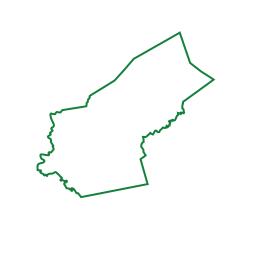 the district of Trinidad de Copan, Copán, Honduras, rotated 324°
{"feature_id": "27666195B52553444667575", "entity_name": "Trinidad de Copan", "entity_type": "district", "adm_level": 2, "iso_a3": "HND", "parent_name": "Honduras", "parent_adm1": "Copán", "projection": "equal_earth", "projection_center": [-88.827, 14.944], "detail": "fine", "context": "isolated", "style": "outline", "palette": "green", "viewbox_px": 256, "rotation_deg": 324, "n_neighbors": 0, "source": "geoboundaries", "source_scale": "gbopen_adm2", "svg_char_len": 5262}
<svg xmlns="http://www.w3.org/2000/svg" viewBox="0 0 256 256"><g transform="rotate(324 128 128)"><path d="M49.5,156.4L110.9,184.9L119.8,160.6L126.1,160.6L126.4,157.8L126.4,156.5L127.6,154.9L127.7,152.8L127.7,150.8L129.4,149.0L131.2,148.3L132.4,148.5L133.9,146.4L134.9,144.0L136.8,145.6L138.1,145.8L140.6,145.4L141.5,145.6L143.1,145.0L143.7,146.7L144.4,147.9L148.2,146.2L149.1,146.5L149.8,149.0L150.8,149.6L153.0,148.6L154.6,148.6L156.5,148.1L157.7,149.6L158.6,149.9L159.1,150.2L159.3,149.6L160.0,149.3L160.1,149.2L160.5,149.0L160.6,149.6L160.6,150.1L160.7,150.5L160.8,150.6L161.1,150.6L161.3,150.3L161.6,150.0L161.9,149.9L162.6,150.2L163.0,150.5L163.1,150.4L163.1,149.8L163.4,149.7L163.8,149.7L164.1,149.6L164.1,149.3L164.2,149.1L164.4,148.8L165.3,148.6L165.5,148.4L165.2,147.8L165.0,147.3L165.1,146.7L165.7,146.7L166.6,146.9L167.0,147.1L167.4,147.7L167.8,148.1L168.2,148.3L168.4,148.1L168.4,147.7L168.7,147.5L169.2,148.0L169.6,148.7L169.7,149.0L170.3,149.2L171.0,149.1L171.9,148.6L173.3,147.8L174.0,147.3L174.6,147.0L175.2,146.8L176.5,146.8L177.0,145.8L177.3,145.2L178.2,146.2L178.5,146.9L178.7,147.4L178.8,147.3L179.0,147.6L179.3,147.6L179.9,146.7L180.2,146.9L180.3,147.4L180.4,147.7L181.0,147.6L181.6,148.0L181.7,148.3L181.8,148.8L182.0,148.8L182.5,148.4L182.7,147.6L183.6,146.2L183.8,145.4L183.7,145.0L183.5,144.1L183.7,143.7L184.2,143.3L184.5,142.6L184.9,142.0L185.9,141.3L186.3,140.6L186.8,140.5L188.0,139.2L225.7,139.2L223.7,133.7L222.8,131.5L220.4,125.4L216.5,111.9L225.9,81.3L173.3,75.4L158.6,78.9L145.0,81.7L117.0,79.6L116.5,79.6L116.0,79.6L115.7,79.7L115.5,79.8L115.3,80.0L115.2,80.4L115.0,80.7L114.8,80.9L114.5,81.1L114.1,81.3L113.8,81.4L113.5,81.4L113.1,81.3L112.8,81.4L112.5,81.5L112.0,82.0L111.3,82.6L110.8,83.1L110.6,83.3L110.3,83.4L110.0,83.3L109.8,83.3L109.5,83.4L109.2,83.5L108.6,84.3L108.1,84.9L107.6,85.4L107.0,85.9L85.3,74.9L83.0,75.6L82.6,75.7L82.4,75.6L81.9,75.3L81.1,74.6L80.7,74.2L80.2,73.5L80.1,73.4L79.9,73.3L79.7,73.2L79.2,73.2L78.6,73.3L78.4,73.3L78.1,73.5L77.5,73.9L77.3,73.9L77.1,73.9L76.8,73.7L76.1,73.1L75.3,72.3L74.4,71.2L74.2,71.2L73.9,71.1L73.5,71.3L73.2,71.5L72.8,72.1L72.2,73.1L71.8,74.1L71.5,74.8L71.0,76.9L70.8,78.0L70.5,79.9L70.3,80.7L70.2,81.2L70.0,81.6L69.7,82.1L69.5,82.4L69.2,82.6L69.0,82.8L68.5,83.0L68.1,83.1L67.7,83.2L67.3,83.2L67.1,83.1L66.7,83.0L66.4,83.0L66.2,83.0L65.9,83.2L65.6,83.4L65.5,83.6L65.5,83.8L65.4,84.2L65.4,84.6L65.4,85.2L65.4,85.7L65.4,85.8L64.9,85.9L62.6,86.1L62.2,86.1L61.8,86.4L61.8,86.6L61.8,86.9L61.8,87.3L61.8,87.6L61.7,87.8L61.3,88.0L60.7,87.9L60.1,87.8L59.2,87.6L58.7,87.7L58.4,87.8L58.2,87.9L58.0,88.1L58.0,88.3L57.9,88.6L57.9,88.8L58.0,89.2L58.2,89.8L58.4,90.3L58.5,90.6L58.8,91.0L58.9,91.3L58.9,91.5L58.7,92.1L58.3,92.9L57.9,93.5L57.4,94.0L57.3,94.5L57.3,95.1L57.3,95.7L57.1,98.2L57.1,98.4L57.0,98.6L56.9,98.6L56.6,98.6L56.3,98.6L56.2,98.8L56.1,99.0L56.0,99.3L55.9,100.1L55.8,100.4L55.7,100.9L55.4,101.5L52.6,102.3L51.5,102.5L51.1,102.4L50.8,102.2L50.6,102.0L50.4,101.6L50.1,101.3L49.8,101.2L49.5,101.2L49.2,101.4L49.0,101.6L48.9,101.9L48.9,102.3L48.9,102.5L48.7,102.9L48.5,103.2L48.2,103.4L47.9,103.4L47.7,103.3L47.5,103.2L46.8,102.6L44.4,100.2L43.0,98.9L42.6,98.6L42.2,98.3L41.9,98.3L41.6,98.3L41.4,98.4L41.1,98.6L40.9,98.9L40.7,99.2L40.5,99.7L40.3,100.3L40.2,101.0L40.0,101.7L40.0,102.2L40.1,102.6L40.3,102.9L40.6,103.3L40.8,103.6L40.9,104.0L41.0,104.6L41.1,105.0L41.1,105.3L41.0,105.5L40.8,105.7L40.5,105.9L40.1,106.1L39.7,106.1L39.2,106.1L38.5,105.9L38.0,105.7L36.9,105.2L36.3,105.0L35.6,104.8L35.0,104.6L34.6,104.6L34.2,104.6L33.8,104.7L33.5,104.8L33.2,105.0L32.9,105.2L32.6,105.5L31.9,106.3L31.3,107.2L30.7,108.1L30.1,108.9L30.1,109.1L30.3,109.3L30.9,109.7L31.3,110.0L32.3,110.8L32.5,111.0L32.4,111.4L32.2,111.6L32.0,111.9L31.8,111.9L31.4,111.8L31.2,111.9L31.1,112.1L31.0,112.3L31.0,112.5L31.1,113.0L31.3,113.4L31.6,114.0L32.1,114.8L32.3,115.2L32.4,115.6L32.5,115.8L32.4,116.1L32.3,116.4L32.3,116.6L32.3,116.8L32.4,117.1L32.6,117.3L32.9,117.4L33.2,117.4L33.7,117.3L34.0,117.4L34.2,117.6L34.2,118.2L34.2,118.8L34.2,119.0L34.3,119.2L34.5,119.2L34.8,118.8L35.0,118.6L36.0,118.5L36.7,118.6L37.4,118.8L38.1,119.2L38.8,119.6L39.5,120.2L39.9,120.4L40.3,120.5L40.8,120.6L41.3,120.7L42.1,120.7L42.6,120.8L43.0,120.9L43.4,121.1L43.6,121.3L43.8,121.5L43.9,122.0L44.0,122.6L44.0,123.1L44.5,124.9L44.6,125.5L44.7,126.4L44.7,127.4L44.8,128.0L45.1,128.8L45.2,129.2L45.2,129.4L45.2,129.5L44.7,129.8L43.7,130.1L43.2,130.1L42.8,130.3L42.7,130.5L42.7,130.9L42.8,131.2L43.0,131.3L43.5,131.2L43.8,131.2L44.0,131.3L44.3,131.5L44.6,131.9L45.1,133.1L45.4,133.6L45.5,133.8L46.3,134.0L46.9,134.3L47.2,134.4L47.3,134.6L47.4,134.8L47.3,135.1L47.1,135.3L46.8,135.5L46.6,135.6L46.2,135.6L45.4,135.3L45.1,135.2L44.9,135.2L44.4,135.3L43.8,135.4L43.7,135.5L43.4,135.9L43.3,136.1L43.3,136.5L43.4,137.1L43.3,137.7L43.1,139.1L43.0,140.0L42.9,140.5L43.6,141.4L44.2,141.9L44.6,142.1L44.8,142.8L45.4,145.2L45.5,145.6L45.6,145.9L45.8,145.9L46.1,145.7L46.4,145.4L46.6,145.2L46.7,144.9L46.7,144.7L46.7,144.4L46.6,144.1L46.6,143.9L46.6,143.7L46.8,143.6L47.0,143.6L47.4,143.9L47.7,144.3L48.0,145.0L48.2,145.4L48.2,145.7L48.3,147.3L48.2,148.1L48.1,149.3L48.1,150.1L48.2,150.5L48.4,150.8L48.8,151.1L49.3,151.4L49.3,152.5L49.3,153.5L49.4,154.3L49.5,155.6L49.5,156.4Z" fill="none" stroke="#15803d" stroke-width="2"/></g></svg>